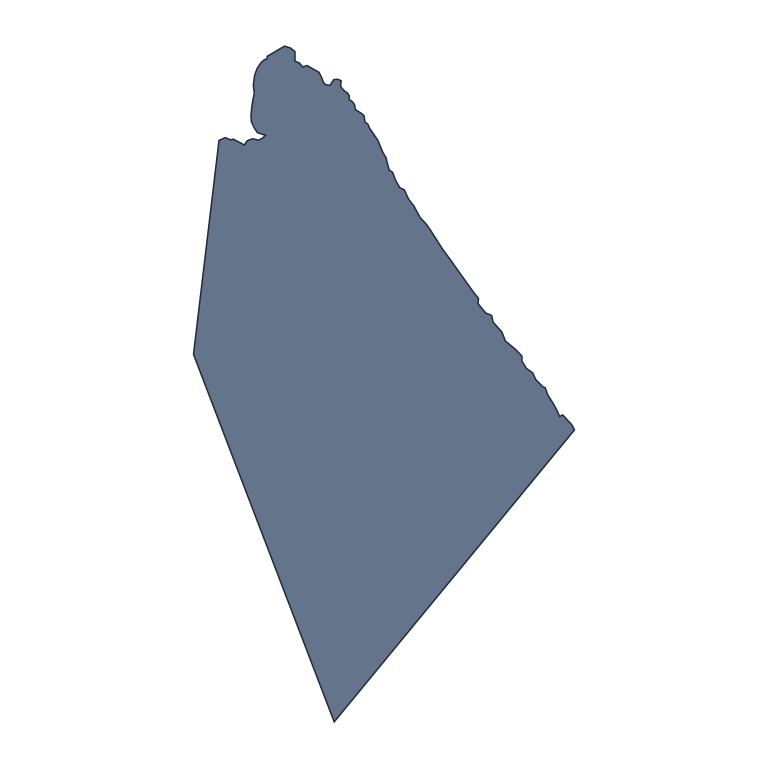 outline of Ngeburch, Melekeok, Palau
{"feature_id": "81905179B7917113976902", "entity_name": "Ngeburch", "entity_type": "district", "adm_level": 2, "iso_a3": "PLW", "parent_name": "Palau", "parent_adm1": "Melekeok", "projection": "equal_earth", "projection_center": [134.624, 7.51], "detail": "fine", "context": "isolated", "style": "filled", "palette": "slate", "viewbox_px": 768, "rotation_deg": 0, "n_neighbors": 0, "source": "geoboundaries", "source_scale": "gbopen_adm2", "svg_char_len": 1244}
<svg xmlns="http://www.w3.org/2000/svg" viewBox="0 0 768 768"><path d="M574.5,429.9L571.9,424.9L562.7,414.9L559.6,416.5L557.4,411.2L553.4,403.8L547.7,394.7L545.2,387.7L542.9,386.8L535.7,379.5L532.8,372.9L526.6,368.5L522.0,361.3L521.9,356.1L516.0,349.8L505.4,341.0L501.9,332.0L493.1,322.2L491.7,315.5L485.6,312.9L478.1,303.7L478.5,298.5L472.8,291.2L449.9,259.1L442.5,249.0L430.5,230.2L426.3,224.2L420.1,217.5L413.8,205.8L408.6,199.2L404.2,189.7L399.8,187.7L395.8,180.7L392.5,172.2L389.2,170.1L385.9,157.4L383.0,152.8L377.9,140.3L369.7,128.4L368.0,124.4L365.0,122.0L364.0,115.4L361.3,113.3L355.5,109.7L354.5,104.5L352.2,101.5L349.3,99.6L349.3,95.9L347.9,93.5L343.7,90.2L340.6,86.4L341.1,80.7L337.6,79.2L333.8,79.6L329.9,85.3L326.2,84.8L323.9,83.2L321.5,77.3L319.1,72.4L307.0,65.5L302.7,67.0L299.2,62.8L295.0,61.2L295.0,51.7L290.5,48.0L284.5,46.1L267.2,56.3L267.1,58.6L263.6,60.2L260.8,62.9L257.0,68.7L254.6,75.5L253.3,85.3L254.3,93.3L252.8,100.4L251.7,107.5L251.0,115.8L251.3,121.6L254.3,128.1L257.5,132.7L261.1,133.9L265.4,135.3L262.7,138.0L258.4,140.2L252.8,138.7L247.2,140.7L244.2,145.1L241.5,143.4L233.2,139.1L230.7,139.9L225.2,137.6L219.0,140.4L193.5,354.4L334.2,721.9L574.5,429.9Z" fill="#64748b" stroke="#1e293b" stroke-width="1.5"/></svg>